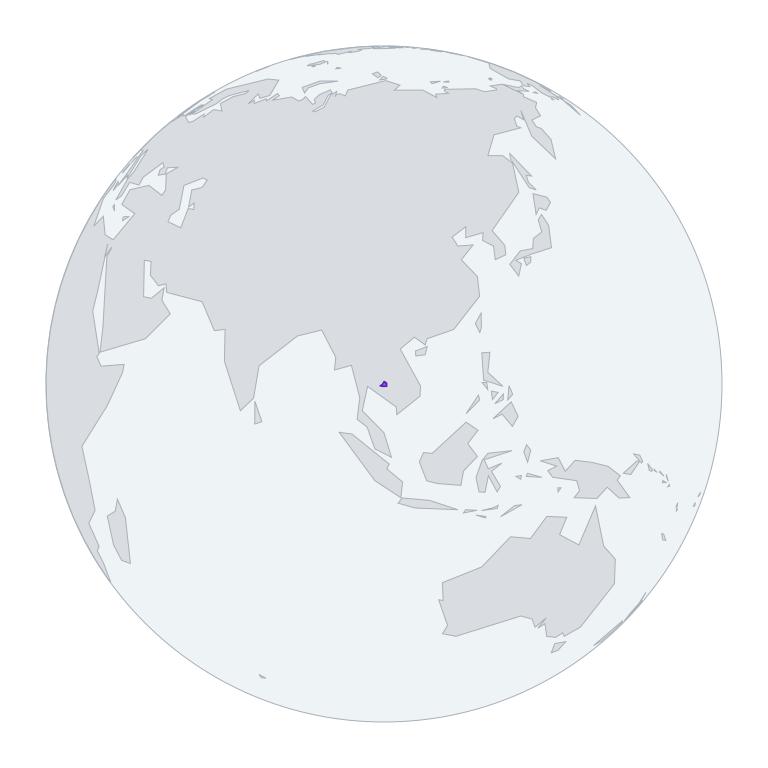 the Earth from above Bântéay Méanchey
{"feature_id": "KHM-1777", "entity_name": "Bântéay Méanchey", "entity_type": "Province", "adm_level": 1, "iso_a3": "KHM", "parent_name": "Cambodia", "parent_adm1": "", "projection": "orthographic", "projection_center": [102.955, 13.824], "detail": "fine", "context": "on_globe", "style": "filled", "palette": "violet", "viewbox_px": 768, "rotation_deg": 0, "n_neighbors": 0, "source": "natural_earth", "source_scale": "10m", "svg_char_len": 10556}
<svg xmlns="http://www.w3.org/2000/svg" viewBox="0 0 768 768"><circle cx="384" cy="384" r="338" fill="#eef3f6" stroke="#a8b0b8"/><path d="M700.5,492.2L699.9,494.5L699.7,494.8L700.5,492.2ZM537.0,82.7L538.6,83.9L551.1,91.3L539.7,85.3L570.9,105.2L580.5,115.3L562.8,100.0L555.8,95.7L559.0,100.0L552.5,96.7L550.3,97.2L542.2,93.2L532.5,85.8L527.1,83.4L529.7,86.7L523.2,85.6L520.2,80.9L508.6,78.9L490.2,68.4L488.8,63.1L471.8,57.8L468.5,56.8L491.9,63.8L514.8,72.4L537.0,82.7ZM561.5,98.1L559.0,95.8L563.7,99.3L561.5,98.1ZM551.4,98.0L554.2,99.9L551.9,99.5L551.4,98.0ZM537.4,93.3L532.8,92.5L535.8,91.9L537.4,93.3ZM529.0,91.3L518.0,90.6L523.3,94.3L502.2,84.2L518.5,87.6L521.4,85.9L523.8,88.8L529.0,91.3ZM455.6,53.8L443.9,51.5L441.0,50.9L455.6,53.8ZM492.3,79.3L488.2,78.4L490.7,78.0L492.3,79.3ZM463.6,55.6L463.2,55.6L453.3,53.6L451.8,53.5L443.8,51.4L463.6,55.6ZM410.6,47.1L409.6,47.1L410.6,47.1ZM437.4,50.4L433.3,49.8L440.2,51.1L433.0,50.2L428.9,49.2L427.7,49.2L425.5,49.0L424.6,48.6L437.4,50.4ZM408.0,46.9L409.3,47.2L402.7,46.6L408.0,46.9ZM418.1,47.8L418.4,47.9L412.4,47.4L413.4,47.4L416.9,47.7L418.1,47.8ZM429.7,50.1L441.7,51.7L442.1,51.9L429.7,50.1ZM405.7,47.0L407.6,47.2L404.8,46.9L405.7,47.0ZM422.1,48.9L426.3,49.3L426.7,49.6L422.1,48.9ZM408.0,47.5L405.5,47.2L408.6,47.3L408.0,47.5ZM414.3,48.2L413.9,48.4L411.2,47.5L416.1,48.3L414.3,48.2ZM421.8,49.1L423.4,49.4L420.0,48.9L421.8,49.1ZM397.6,47.8L393.5,46.8L400.4,46.8L403.4,47.7L397.6,47.8ZM115.8,178.4L115.9,181.1L113.9,184.9L103.4,198.5L93.8,226.1L103.3,216.2L105.1,234.7L113.2,239.8L134.8,213.7L121.8,204.5L130.0,189.7L148.9,185.4L161.9,195.4L165.6,190.0L166.2,173.9L178.2,167.2L167.4,167.8L165.1,174.1L158.3,175.2L160.1,169.6L164.2,167.1L162.9,162.6L143.3,177.1L138.9,185.1L129.8,182.3L121.5,195.8L115.8,200.0L127.7,178.9L133.4,172.5L148.1,149.2L141.3,155.3L127.0,178.3L127.4,175.3L118.1,185.5L125.6,175.5L143.0,150.5L140.8,149.8L132.7,158.1L152.4,137.9L156.4,134.2L161.4,129.8L169.8,122.7L167.9,124.3L173.1,120.1L171.8,121.7L183.2,114.7L183.8,116.1L201.0,105.1L203.7,104.8L192.8,111.0L185.5,116.8L188.8,122.6L193.1,121.2L204.1,114.1L203.6,117.2L213.7,109.6L221.9,111.0L220.5,103.5L233.3,96.6L245.1,93.7L249.1,90.5L229.8,95.4L222.4,98.9L216.3,103.7L195.8,113.9L191.9,114.0L212.5,99.5L209.3,98.6L226.7,89.1L268.1,79.0L278.8,80.2L269.7,95.5L259.9,98.3L258.2,93.9L248.0,104.0L254.5,100.2L254.1,103.4L266.2,98.8L266.5,100.9L277.6,93.5L279.3,95.7L272.3,100.3L291.7,97.0L298.7,101.0L302.9,99.4L305.5,96.5L312.7,104.4L315.5,102.9L314.3,99.7L319.0,94.9L330.3,89.9L332.2,92.9L328.3,95.0L323.2,104.8L312.7,111.1L314.6,111.9L324.1,107.3L330.5,95.2L336.7,91.5L335.1,96.8L336.2,94.5L339.9,93.7L345.3,95.9L347.7,90.1L385.8,80.6L400.0,85.2L394.3,90.2L422.9,90.1L436.8,97.5L435.6,94.2L448.4,93.3L444.3,90.9L444.7,89.3L475.9,88.8L484.6,91.8L496.7,89.9L496.1,88.5L490.3,86.0L502.2,84.2L523.3,94.3L523.6,96.8L536.6,102.4L535.5,107.9L540.5,115.8L531.8,120.1L536.5,126.8L541.1,128.4L551.0,139.5L555.6,158.9L531.8,136.2L520.9,110.6L523.6,119.8L517.0,116.0L514.3,118.6L516.8,126.0L520.7,127.8L494.0,134.8L487.9,155.6L502.8,155.7L512.6,163.3L518.8,192.3L492.1,230.6L504.8,245.4L505.8,254.7L495.3,259.7L493.5,246.0L482.6,240.5L483.1,232.6L465.7,237.7L465.8,226.7L452.2,237.0L457.8,246.1L473.1,244.9L461.3,259.8L477.4,276.6L479.6,296.2L453.7,329.5L426.9,338.8L425.3,345.0L414.5,337.2L400.2,349.0L420.5,385.9L420.0,396.2L396.8,414.7L396.3,407.0L367.6,386.4L362.3,410.8L384.0,432.8L391.5,457.3L374.8,448.8L367.2,427.2L357.1,419.2L359.8,397.8L351.4,365.3L334.5,370.0L335.8,357.3L321.7,330.0L297.4,336.0L259.0,365.8L253.6,398.1L240.4,410.8L224.4,361.2L225.1,329.4L214.4,330.7L202.1,301.7L166.7,292.4L166.0,283.8L158.4,285.8L150.4,275.1L151.1,261.4L144.3,260.2L143.6,296.7L151.4,298.3L164.1,287.8L161.9,300.3L170.2,313.9L145.4,338.7L100.0,352.2L102.9,327.6L106.9,256.0L110.9,249.5L111.2,248.7L111.8,247.2L104.5,257.3L107.7,244.0L97.6,291.4L92.7,311.0L99.2,353.5L96.8,356.5L101.1,366.2L124.1,364.4L122.6,372.4L107.2,405.8L81.9,446.3L89.6,481.9L95.1,510.4L88.8,523.3L99.1,546.3L97.3,550.9L103.6,563.3L107.6,574.0L110.7,582.1L108.0,579.0L95.0,559.1L83.4,538.3L73.2,516.7L64.7,494.5L57.7,471.7L52.3,448.5L48.6,425.0L46.5,401.3L46.1,377.5L47.4,353.7L50.4,330.0L55.0,306.7L61.3,283.7L69.2,261.2L78.6,239.3L89.6,218.2L102.0,197.8L115.8,178.4ZM168.0,221.7L180.8,227.8L188.2,208.5L193.7,209.6L194.2,203.0L188.6,207.1L191.8,190.0L202.0,187.5L207.2,180.2L203.1,177.9L183.9,185.5L179.2,209.4L170.7,215.2L168.0,221.7ZM202.9,98.7L203.1,98.6L198.3,101.7L192.4,105.7L202.9,98.7ZM180.4,114.3L181.8,113.3L186.4,109.9L192.9,105.6L213.6,92.5L214.9,92.3L210.6,94.4L209.4,95.6L202.3,99.5L183.4,113.3L176.9,117.9L178.5,115.8L180.4,114.3ZM269.5,66.1L264.2,68.3L256.9,71.1L255.9,71.3L269.5,66.1ZM357.0,47.2L371.9,46.3L376.5,46.2L370.8,46.4L379.4,46.3L371.8,46.9L374.9,47.1L370.5,48.3L357.7,49.5L362.1,49.6L359.0,51.2L348.4,52.8L351.5,51.2L337.7,54.5L335.7,53.2L334.2,53.7L328.5,53.7L319.1,54.8L319.7,54.2L315.7,55.0L311.9,55.4L306.7,56.4L306.0,55.9L299.6,57.3L302.9,56.3L292.0,59.2L299.8,56.9L295.6,57.9L290.3,59.5L292.3,58.8L324.3,51.4L357.0,47.2ZM396.0,48.1L381.1,48.7L372.6,48.6L383.8,46.6L382.1,46.4L389.0,46.1L401.0,46.5L398.0,46.4L397.8,46.6L394.1,46.3L396.9,46.6L392.7,46.7L393.8,47.1L388.7,47.1L396.0,48.1ZM118.2,181.0L117.9,182.7L118.8,183.8L113.0,190.7L118.2,181.0ZM129.7,163.8L130.3,163.9L122.5,173.1L122.8,171.8L129.7,163.8ZM137.4,156.5L131.0,163.2L134.6,158.8L137.4,156.5ZM194.1,111.0L195.6,111.2L193.1,113.0L189.2,115.2L194.1,111.0ZM307.1,65.9L310.2,64.0L312.3,63.9L323.4,60.6L325.8,61.8L320.0,64.3L307.1,65.9ZM128.8,216.8L122.6,220.6L123.1,217.1L125.1,216.5L128.8,216.8ZM114.4,204.7L114.5,210.9L112.8,206.6L114.4,204.7ZM311.6,66.6L315.9,65.0L314.4,66.7L311.6,66.6ZM328.1,62.6L327.5,64.3L327.3,61.6L328.1,62.6ZM259.0,674.5L266.0,678.2L261.3,677.7L259.0,674.5ZM125.4,517.6L130.4,563.5L121.7,560.4L113.6,545.0L107.3,516.1L115.3,511.2L117.4,499.1L125.4,517.6ZM475.9,515.0L485.9,516.5L485.4,518.0L475.9,515.0ZM465.6,509.7L477.0,510.3L463.5,513.0L465.6,509.7ZM481.5,510.6L493.1,507.8L498.1,505.3L497.2,508.5L481.5,510.6ZM457.8,509.7L415.1,508.0L398.1,503.2L402.2,497.9L429.6,500.4L457.8,509.7ZM400.8,497.7L374.8,480.6L339.2,432.3L351.9,434.0L389.2,464.1L386.8,468.8L402.6,482.0L400.8,497.7ZM463.5,471.0L460.9,485.4L437.4,483.5L426.7,480.8L419.3,461.9L423.5,452.6L432.3,453.3L466.1,422.1L478.0,430.3L467.7,443.6L477.4,456.4L463.5,471.0ZM254.9,401.3L261.9,421.7L254.8,424.0L254.9,401.3ZM479.7,399.9L466.1,413.7L478.4,395.2L479.7,399.9ZM486.8,382.4L487.7,389.5L482.1,382.5L486.8,382.4ZM425.1,354.8L415.8,356.0L415.5,351.0L427.2,346.5L425.1,354.8ZM481.1,313.0L481.4,327.6L479.8,332.5L475.3,323.6L481.1,313.0ZM338.1,81.1L320.0,83.7L308.5,87.8L304.5,93.0L302.3,87.4L320.0,81.0L338.1,81.1ZM379.7,80.0L383.1,76.4L386.8,78.0L386.5,79.0L379.7,80.0ZM378.0,77.8L372.4,73.8L377.7,71.9L381.1,75.4L378.0,77.8ZM341.3,68.3L335.8,68.8L337.1,67.3L341.3,68.3ZM622.5,620.8L622.7,621.9L613.2,631.1L601.5,641.0L593.6,645.6L622.5,620.8ZM551.3,652.8L554.7,643.6L565.7,641.7L558.0,650.3L551.3,652.8ZM630.3,613.2L639.0,603.3L645.9,592.3L640.5,601.9L642.9,600.6L624.4,620.6L630.3,613.2ZM520.9,616.0L455.9,636.3L442.5,633.7L447.6,625.5L438.7,599.8L443.2,600.4L442.4,582.7L481.8,566.9L510.6,536.8L530.5,538.5L546.8,516.4L566.7,517.3L559.6,534.7L578.9,545.0L595.5,505.9L603.7,546.1L615.3,559.2L614.4,583.8L580.4,627.1L564.2,636.3L562.7,632.8L555.6,637.4L546.7,636.4L545.0,623.7L537.8,628.2L546.2,617.9L535.1,627.2L532.0,619.0L520.9,616.0ZM661.7,533.5L663.7,534.1L665.7,540.4L662.6,539.8L661.7,533.5ZM695.1,502.3L695.0,505.3L693.3,506.9L695.1,502.3ZM699.7,494.8L697.7,497.1L700.5,492.2L699.7,494.8ZM676.8,507.6L677.4,509.9L676.4,511.0L676.8,507.6ZM676.0,506.9L677.8,502.6L677.1,506.7L676.0,506.9ZM667.7,486.7L669.3,484.4L669.8,486.0L667.7,486.7ZM500.5,516.8L514.6,505.6L522.0,504.7L500.5,516.8ZM666.0,482.5L662.4,482.7L662.9,480.4L666.0,482.5ZM666.6,477.3L666.4,474.3L668.2,481.2L666.6,477.3ZM659.9,471.3L664.1,476.2L659.3,472.0L659.9,471.3ZM657.1,472.4L653.9,470.3L654.1,469.3L657.1,472.4ZM617.2,480.1L629.8,497.6L619.0,498.0L607.2,487.2L596.9,498.5L574.1,497.7L579.6,490.8L576.8,480.7L552.7,477.3L547.8,470.7L556.6,466.0L540.4,460.9L558.2,457.6L565.3,471.3L575.2,460.3L592.0,462.4L608.0,466.3L620.3,475.8L617.2,480.1ZM557.8,487.8L560.9,487.8L558.1,491.9L557.8,487.8ZM647.6,463.4L652.3,469.6L651.7,471.3L649.3,470.5L647.6,463.4ZM623.3,473.3L636.7,461.1L639.8,461.1L630.8,474.5L623.3,473.3ZM633.7,454.0L639.7,455.1L642.8,461.3L641.5,463.1L633.7,454.0ZM521.5,475.5L520.7,479.3L516.0,476.4L521.5,475.5ZM527.6,473.3L541.7,477.3L526.3,476.5L527.6,473.3ZM484.1,459.8L488.3,468.8L501.7,463.2L491.5,471.4L500.4,486.3L497.2,491.9L488.4,475.7L485.0,492.3L479.1,491.9L476.0,477.6L482.1,460.4L488.0,453.3L512.1,450.6L484.1,459.8ZM527.6,462.2L523.8,451.7L526.6,444.7L530.7,450.2L527.6,462.2ZM512.4,426.4L502.1,414.1L493.0,418.7L511.2,401.9L518.1,416.3L512.4,426.4ZM503.3,399.6L494.8,403.7L503.4,394.0L503.3,399.6ZM492.5,399.6L491.3,391.1L498.1,392.4L492.5,399.6ZM507.8,400.0L509.0,385.7L512.7,394.2L507.8,400.0ZM487.8,372.3L502.9,386.3L483.6,380.1L481.8,352.8L489.9,352.3L487.8,372.3ZM526.4,265.5L523.8,258.2L530.9,256.7L530.7,262.1L526.4,265.5ZM551.5,247.7L531.9,254.0L515.8,260.2L521.4,263.7L518.7,276.1L509.8,264.3L520.3,250.9L532.7,248.6L533.4,238.5L541.8,232.0L538.2,219.7L541.5,214.6L548.6,225.4L551.5,247.7ZM536.1,214.5L533.0,193.7L546.7,197.1L550.5,202.4L546.2,210.3L539.2,207.9L536.1,214.5ZM536.2,189.9L529.4,187.8L510.3,158.5L509.8,153.5L531.5,176.0L526.3,175.4L528.5,182.4L536.2,189.9ZM490.1,80.0L488.4,78.5L492.1,80.0L490.1,80.0ZM442.1,88.1L443.3,86.2L447.6,87.5L442.1,88.1ZM448.9,82.2L443.2,81.9L448.4,80.9L448.9,82.2ZM430.5,81.8L440.5,81.2L432.1,83.7L430.5,81.8Z" fill="#d9dde1" stroke="#a8b0b8" stroke-width="1"/><path d="M381.1,385.5L381.5,385.5L381.8,385.3L382.0,385.3L381.8,385.2L381.6,385.0L381.6,384.9L381.8,384.8L382.4,384.5L382.5,384.4L382.6,384.2L382.7,383.9L382.8,383.8L382.9,383.5L383.0,383.3L383.1,383.2L383.4,382.9L383.5,382.8L383.5,382.7L383.6,382.4L383.8,382.2L383.8,381.9L384.0,381.7L384.3,381.6L384.7,381.8L384.8,381.8L384.9,382.0L385.0,382.2L385.3,382.2L385.4,382.3L385.3,382.6L385.5,382.6L385.8,383.0L385.9,382.8L386.0,382.7L386.2,382.9L386.2,383.0L386.3,383.0L386.6,383.3L386.7,383.6L386.7,383.8L386.7,384.1L386.6,384.3L386.7,384.6L386.7,384.9L386.6,385.0L386.6,386.3L385.7,386.4L385.4,386.3L385.3,386.2L385.2,386.2L384.9,386.2L384.1,386.4L383.7,386.4L383.2,386.3L383.0,386.2L382.9,386.1L382.8,386.3L382.6,386.4L382.4,386.4L382.2,386.1L380.6,386.0L380.4,386.0L380.4,385.9L380.3,385.7L380.7,385.5L381.1,385.5Z" fill="#8b5cf6" stroke="#5b21b6" stroke-width="1.5"/></svg>